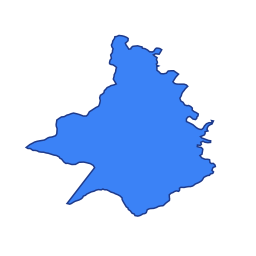 Vicentinópolis, Goiás, Brazil (Equal Earth projection), rotated 104°
{"feature_id": "56859067B52172624703615", "entity_name": "Vicentinópolis", "entity_type": "district", "adm_level": 2, "iso_a3": "BRA", "parent_name": "Brazil", "parent_adm1": "Goiás", "projection": "equal_earth", "projection_center": [-49.894, -17.738], "detail": "fine", "context": "isolated", "style": "filled", "palette": "blue", "viewbox_px": 256, "rotation_deg": 104, "n_neighbors": 0, "source": "geoboundaries", "source_scale": "gbopen_adm2", "svg_char_len": 3961}
<svg xmlns="http://www.w3.org/2000/svg" viewBox="0 0 256 256"><g transform="rotate(104 128 128)"><path d="M111.5,49.7L110.3,51.0L108.5,51.1L106.5,50.5L104.9,49.0L103.7,47.4L102.4,47.2L103.2,50.6L104.9,52.9L106.2,53.6L107.4,54.3L110.0,55.0L111.6,56.1L111.9,57.8L111.8,59.6L111.1,61.8L110.0,64.0L109.1,65.8L108.6,67.9L108.1,70.2L107.6,72.8L106.1,73.3L104.8,73.5L102.7,72.4L101.8,70.7L102.6,69.0L103.6,67.1L103.5,64.6L102.2,63.7L100.6,63.8L99.4,63.0L97.4,63.2L96.5,65.7L96.1,67.9L95.0,70.1L93.1,70.4L92.0,72.3L91.5,74.6L92.1,76.2L91.9,78.6L89.8,80.7L89.0,83.3L86.5,84.9L83.8,84.1L81.8,84.1L80.2,83.7L77.8,82.6L76.1,81.9L73.1,80.1L72.1,81.8L71.9,84.1L72.5,86.6L73.1,89.0L73.6,91.4L73.5,93.6L72.3,95.6L70.0,94.9L67.3,94.0L65.9,93.3L63.5,92.0L62.6,94.4L61.4,97.5L62.1,100.2L63.0,102.8L65.6,104.1L66.9,106.8L67.3,109.4L65.9,111.7L65.0,113.9L63.7,114.2L61.6,114.9L60.4,113.4L60.2,115.3L59.0,116.0L57.7,115.2L56.5,115.7L54.9,117.0L52.7,116.8L51.8,119.4L50.9,121.1L49.3,119.2L48.9,115.7L47.2,115.1L43.9,114.2L43.2,116.4L43.3,118.3L43.7,119.9L45.2,120.9L46.9,121.3L48.3,122.7L48.8,125.5L47.6,127.9L46.9,130.7L47.1,133.4L45.9,134.0L46.0,135.9L45.9,138.4L46.8,141.0L47.6,143.1L49.1,144.3L50.5,144.4L51.3,146.3L49.6,148.0L47.9,150.0L46.3,151.1L45.1,150.2L43.3,149.1L41.1,149.5L40.4,151.2L40.0,153.9L40.0,156.1L40.4,159.2L42.0,161.2L42.6,162.8L44.4,162.8L45.9,163.3L47.2,163.8L49.4,163.7L51.5,164.2L53.1,163.3L54.8,161.6L56.4,161.8L58.5,161.4L59.9,162.0L61.4,162.5L63.4,161.4L64.7,160.9L66.5,161.8L68.8,161.8L70.1,161.4L70.5,159.8L70.3,158.1L70.9,156.1L72.0,153.8L74.4,153.9L76.6,153.6L79.7,154.3L81.3,154.0L84.1,154.1L88.1,150.1L89.6,152.1L91.0,154.8L92.1,155.8L93.8,158.0L95.7,158.9L97.5,160.0L99.6,159.9L101.3,161.1L102.9,162.7L105.6,162.8L108.1,161.5L110.7,161.4L112.5,161.5L114.1,161.9L115.8,164.0L121.6,169.4L124.9,170.3L126.4,171.3L127.2,174.1L126.7,178.4L126.6,181.2L126.7,184.5L127.9,186.7L129.2,188.4L130.2,190.3L132.4,192.6L133.4,195.3L135.4,197.2L137.5,199.0L140.2,198.7L141.8,198.6L143.5,198.1L145.8,196.6L150.9,195.7L153.0,196.4L155.0,199.4L156.1,202.1L157.2,203.6L158.2,204.5L159.9,206.2L161.8,210.6L162.9,213.0L164.3,215.3L165.7,216.8L167.8,219.2L171.5,222.1L172.1,220.2L171.6,217.8L172.7,214.9L172.2,212.6L172.1,210.6L172.6,208.7L172.4,206.4L171.9,204.1L172.0,201.3L171.8,199.3L172.2,193.3L172.0,190.8L172.7,187.9L173.9,186.6L174.2,184.9L176.5,182.0L177.4,179.8L176.8,177.8L177.0,173.6L176.0,170.2L173.1,167.1L171.8,162.8L171.7,160.3L171.7,155.9L172.7,152.6L174.6,150.8L189.2,157.2L216.0,168.9L216.0,166.1L214.9,164.6L213.5,163.3L211.9,161.6L209.7,158.1L208.0,156.2L206.5,155.2L204.9,154.9L203.6,153.0L202.0,151.9L198.8,148.1L197.5,145.6L196.0,143.9L194.9,141.8L194.5,139.0L193.3,137.6L193.6,135.9L193.1,133.7L193.6,131.3L194.3,129.0L194.4,126.4L194.9,124.3L195.2,121.7L195.9,119.2L197.3,116.8L198.8,116.4L200.2,115.2L201.6,113.9L203.4,112.1L204.9,110.6L205.6,108.7L207.0,107.9L207.8,105.7L209.7,103.4L209.9,101.3L211.3,100.0L211.1,97.2L210.1,95.3L208.9,93.9L207.8,92.9L206.9,90.9L205.7,89.8L202.8,89.6L201.7,88.5L200.9,87.2L199.8,83.7L198.2,81.1L196.7,79.5L195.7,77.5L194.9,75.2L193.7,74.3L192.1,73.4L189.8,71.6L188.3,70.3L186.7,70.5L185.2,71.1L182.8,71.8L180.8,70.4L179.9,69.0L178.3,67.4L177.3,65.8L177.2,63.5L175.7,62.9L174.0,63.5L172.8,62.4L172.1,59.2L171.4,57.8L170.3,55.3L169.7,53.1L168.6,51.2L167.2,50.0L166.0,49.1L164.0,46.4L162.1,44.4L160.4,43.3L159.0,42.9L157.6,42.5L156.2,41.0L154.8,39.2L154.2,37.5L152.7,36.9L151.5,34.8L149.9,34.4L148.8,36.3L147.3,36.2L145.7,35.9L144.3,33.9L142.9,34.6L141.7,36.6L142.3,38.6L141.7,40.1L139.0,41.2L139.1,43.3L139.7,45.7L139.1,49.3L137.3,51.6L135.6,49.9L132.5,50.1L130.4,50.3L129.2,52.1L129.4,53.8L129.3,56.3L127.7,56.5L127.4,53.6L126.1,52.8L124.3,54.0L122.7,52.0L123.2,49.9L122.9,46.9L122.0,44.4L120.4,44.7L120.6,46.8L120.3,49.4L119.8,54.1L118.8,55.6L117.9,54.3L116.1,52.1L114.5,51.9L112.9,52.3L111.5,49.7ZM102.4,47.2L100.5,46.8L100.6,48.7L102.4,47.2Z" fill="#3b82f6" stroke="#1e3a8a" stroke-width="1.5"/></g></svg>